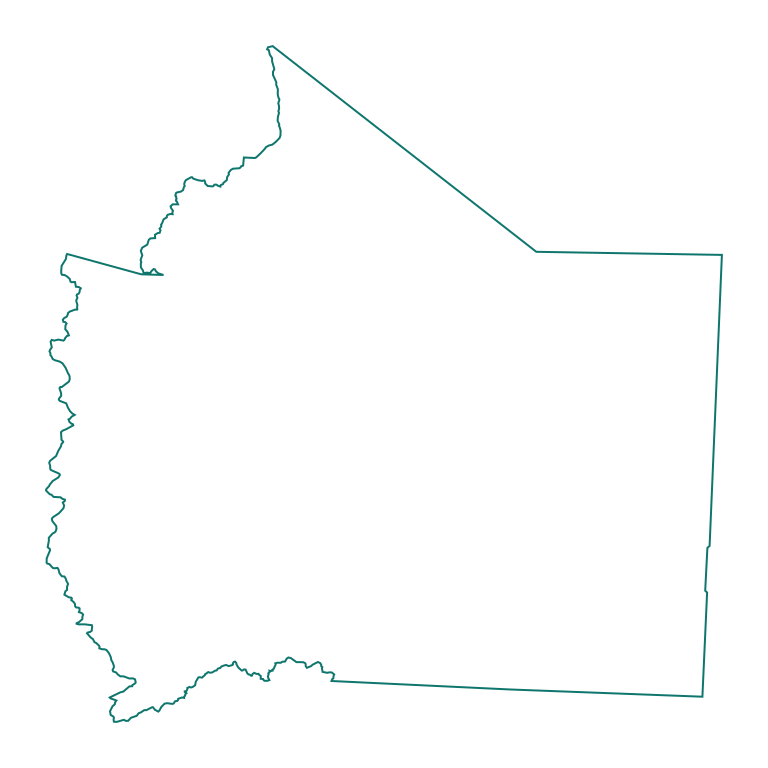 Lago Argentino, Santa Cruz, Argentina
{"feature_id": "61730980B69433296380231", "entity_name": "Lago Argentino", "entity_type": "district", "adm_level": 2, "iso_a3": "ARG", "parent_name": "Argentina", "parent_adm1": "Santa Cruz", "projection": "natural_earth1", "projection_center": [-72.936, -49.654], "detail": "fine", "context": "isolated", "style": "outline", "palette": "teal", "viewbox_px": 768, "rotation_deg": 0, "n_neighbors": 0, "source": "geoboundaries", "source_scale": "gbopen_adm2", "svg_char_len": 5903}
<svg xmlns="http://www.w3.org/2000/svg" viewBox="0 0 768 768"><path d="M272.6,46.1L268.0,47.3L267.1,49.3L268.8,50.2L269.8,54.6L272.1,58.2L272.1,61.4L274.2,68.6L274.3,69.4L273.0,71.7L273.0,75.0L276.3,82.2L276.2,84.8L277.9,89.3L277.7,93.4L278.0,95.8L278.6,98.0L279.3,99.0L279.3,100.1L278.3,103.1L279.0,106.1L279.1,108.7L278.4,111.3L279.0,112.9L277.9,116.9L277.6,120.7L279.3,124.4L278.9,125.7L279.5,126.7L280.6,130.6L280.5,135.2L279.7,137.8L276.0,141.7L272.4,144.6L268.7,145.6L265.7,147.3L265.4,148.2L261.1,152.8L256.2,157.4L255.0,158.0L243.9,157.5L243.1,165.6L241.1,166.3L240.7,167.2L239.5,168.2L233.0,168.7L230.9,169.9L228.6,172.8L228.9,174.5L227.2,177.0L226.8,180.1L223.4,182.9L222.9,184.2L220.7,185.1L220.4,186.6L218.0,185.8L216.6,184.7L215.5,184.6L214.4,184.7L213.5,186.0L212.6,186.4L207.7,186.0L205.2,183.5L205.1,181.7L204.4,180.4L202.1,180.9L198.3,180.3L193.4,178.7L192.0,177.2L191.0,177.3L185.9,180.1L184.7,182.1L184.2,184.2L184.7,186.1L183.9,187.0L183.1,190.1L180.9,191.6L176.8,192.5L176.1,193.0L175.4,195.1L175.4,195.8L176.1,196.3L175.9,196.7L176.6,198.7L176.1,199.6L176.0,200.8L176.9,201.6L178.0,204.3L172.7,204.3L170.6,206.3L171.1,208.1L173.0,210.9L172.3,212.6L172.6,214.2L170.2,214.0L167.6,214.9L166.8,216.1L166.8,217.4L163.6,219.3L161.9,223.7L161.1,224.5L161.3,226.6L159.5,228.8L160.5,230.2L159.7,232.8L157.7,233.1L155.0,234.8L155.1,238.1L150.5,238.4L148.8,239.8L147.3,244.6L142.2,247.7L140.8,250.9L142.3,255.3L140.6,259.9L141.3,262.3L140.8,263.8L140.9,267.4L143.0,270.6L143.6,273.2L147.0,272.6L150.3,273.1L151.2,271.4L153.5,269.1L155.0,269.4L155.9,271.3L158.2,273.3L163.5,275.0L141.2,274.3L67.1,254.0L66.4,255.4L65.9,259.0L61.6,265.9L61.2,271.3L61.3,273.5L62.0,274.8L64.5,275.0L67.1,276.5L69.7,278.9L70.5,281.6L71.4,282.2L75.0,282.0L75.9,286.7L78.9,287.1L80.8,288.3L79.8,290.0L79.5,292.3L78.7,293.6L77.0,294.5L76.6,295.4L77.4,297.8L76.3,300.2L76.3,301.3L77.4,304.9L77.1,307.0L77.3,309.2L77.0,309.7L75.4,309.5L69.7,311.6L67.9,313.2L67.8,314.5L66.6,316.8L64.2,318.0L62.8,319.8L63.4,321.8L65.3,322.2L66.6,323.5L65.5,325.4L65.3,329.3L67.4,331.7L68.9,335.4L66.9,336.0L65.2,338.0L64.5,339.7L63.5,340.6L58.3,339.6L54.2,340.6L51.7,339.9L50.6,341.8L51.8,347.4L50.0,349.9L49.5,351.4L50.4,353.1L50.4,355.0L51.5,356.4L52.6,358.9L54.8,360.2L59.7,361.6L62.5,363.3L65.6,367.8L68.1,373.5L69.0,374.8L69.6,376.4L69.7,379.4L68.9,381.6L61.8,387.0L60.4,387.0L59.8,387.5L59.5,388.4L61.1,393.1L61.2,395.8L59.0,398.6L58.8,399.7L59.8,400.9L66.2,403.3L68.0,407.8L70.1,411.3L72.3,413.5L74.7,414.9L71.7,416.6L69.9,418.8L68.5,419.4L69.5,422.0L71.2,423.5L73.0,424.3L73.3,425.3L66.0,429.3L62.7,430.6L61.0,432.2L61.5,439.8L63.2,441.6L63.1,442.2L61.5,443.9L61.0,446.2L58.2,451.0L56.1,456.0L50.1,460.8L49.2,462.8L50.1,465.5L50.3,469.2L51.1,470.1L58.6,473.4L59.5,474.0L59.9,475.0L58.4,477.4L52.7,481.0L49.7,484.7L49.2,486.0L46.7,488.6L46.1,489.6L46.1,490.6L49.8,494.3L51.5,494.7L53.5,496.9L60.6,497.3L62.5,498.9L64.9,499.6L65.0,500.3L64.7,501.1L62.8,502.5L64.1,505.5L63.5,508.2L59.0,513.2L53.3,517.0L52.3,517.9L51.8,519.0L52.4,521.2L56.2,526.0L56.5,528.8L55.6,531.4L54.8,532.3L52.5,533.6L48.8,537.8L48.9,540.4L47.7,547.2L49.9,549.1L50.0,550.4L46.7,558.4L46.6,562.7L47.2,563.5L49.4,564.1L52.7,567.9L54.4,568.3L57.5,567.9L58.5,569.4L59.4,573.0L61.0,575.3L62.0,576.3L64.4,576.5L65.7,578.5L66.5,581.1L68.1,583.9L67.0,586.9L67.1,589.9L65.4,591.3L64.4,594.7L68.8,597.3L71.4,597.7L71.9,598.7L71.2,600.0L73.9,602.3L75.0,604.1L75.1,606.2L75.6,606.9L76.4,607.5L78.7,607.7L79.6,608.4L79.5,610.6L78.9,612.1L81.8,613.1L83.1,614.5L82.3,617.0L82.5,618.2L82.2,619.3L78.9,622.2L76.6,623.2L76.6,623.8L78.9,624.4L84.5,624.3L91.9,625.2L92.2,626.4L91.7,630.8L90.2,631.9L87.5,632.6L87.0,633.3L90.5,637.3L93.0,639.2L94.5,642.2L96.2,643.0L98.8,645.4L99.5,646.5L99.3,648.3L101.7,649.2L104.6,649.3L106.5,650.0L109.0,653.3L110.7,656.9L111.4,660.4L112.4,661.8L113.8,665.5L113.9,667.4L112.6,669.9L113.1,671.4L116.2,672.5L117.7,674.4L120.3,676.3L123.5,676.3L129.4,678.5L133.0,678.4L135.1,679.4L135.7,682.5L134.8,683.6L132.5,685.0L132.2,686.2L129.4,686.4L123.3,691.6L120.4,692.3L109.7,697.5L110.4,698.3L116.4,700.5L115.1,702.4L114.8,704.3L112.5,706.3L110.0,711.3L110.7,715.0L113.0,716.3L113.9,717.4L113.6,719.9L113.9,721.7L116.7,721.9L123.9,719.8L125.9,720.9L128.2,720.8L130.9,717.8L136.7,715.8L138.7,713.2L140.9,712.4L144.3,710.1L146.3,710.2L152.2,707.2L152.9,707.2L155.0,709.8L158.3,711.6L159.3,710.7L161.3,707.0L164.5,703.7L167.0,703.2L172.5,703.9L173.6,703.5L175.0,701.3L177.3,700.9L177.9,700.3L178.2,698.8L181.9,697.5L184.1,697.9L184.0,696.9L185.1,695.6L185.3,694.2L186.5,693.2L185.8,692.3L184.8,692.0L184.7,691.4L186.5,690.9L187.5,688.7L187.3,688.0L189.6,686.9L190.9,687.5L192.4,687.1L195.1,685.3L195.8,681.7L198.3,677.5L199.3,677.2L202.0,677.6L204.8,675.2L205.3,674.0L206.7,673.4L207.2,672.7L208.3,672.1L209.9,672.7L212.1,672.5L215.3,670.6L216.7,670.4L217.9,668.6L220.4,667.9L221.4,666.5L224.6,665.3L226.3,665.0L228.5,666.1L232.3,665.1L233.0,664.4L232.8,663.5L233.7,662.0L235.0,661.6L236.2,662.8L236.5,664.4L238.2,667.4L241.6,670.5L242.5,670.5L244.2,669.4L245.6,669.6L247.3,673.3L248.5,674.4L249.7,674.6L251.2,675.8L252.0,675.6L252.5,674.1L254.2,672.8L256.3,673.9L258.5,673.9L258.5,674.3L260.8,676.1L260.7,678.8L263.2,679.1L263.7,680.2L264.6,680.8L267.5,680.8L269.4,680.1L268.2,677.8L267.9,676.2L268.6,674.4L268.3,673.3L269.5,672.3L269.4,670.7L270.7,671.1L272.6,670.6L272.3,669.8L273.6,668.9L275.6,664.6L275.7,663.7L275.4,663.3L277.2,662.7L280.7,662.8L282.1,661.8L285.1,661.5L286.7,658.6L288.4,657.5L290.9,658.1L296.4,662.1L303.1,662.2L305.1,663.1L305.6,663.9L305.8,666.3L306.9,667.8L311.1,666.1L312.6,664.7L317.9,662.0L320.2,663.1L321.2,664.7L321.3,666.3L322.3,667.1L321.9,668.0L322.6,671.9L327.2,672.8L329.6,672.3L331.9,672.5L334.2,674.5L333.5,676.2L333.3,678.4L332.1,679.3L331.5,681.0L510.7,689.5L702.4,696.7L707.1,592.5L705.2,590.7L707.4,547.9L709.6,545.9L721.9,254.9L536.3,251.8L272.6,46.1Z" fill="none" stroke="#0f766e" stroke-width="2"/></svg>